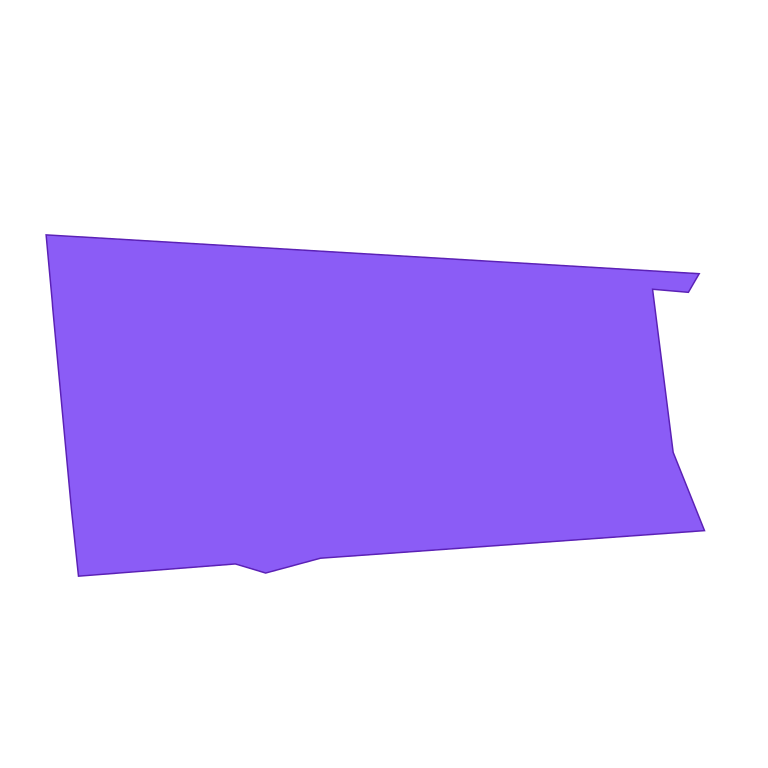 the district of Todd, Kentucky, United States of America, rotated 85°
{"feature_id": "52423323B26851239767625", "entity_name": "Todd", "entity_type": "district", "adm_level": 2, "iso_a3": "USA", "parent_name": "United States of America", "parent_adm1": "Kentucky", "projection": "robinson", "projection_center": [-87.184, 36.857], "detail": "fine", "context": "isolated", "style": "filled", "palette": "violet", "viewbox_px": 768, "rotation_deg": 85, "n_neighbors": 0, "source": "geoboundaries", "source_scale": "gbopen_adm2", "svg_char_len": 383}
<svg xmlns="http://www.w3.org/2000/svg" viewBox="0 0 768 768"><g transform="rotate(85 384 384)"><path d="M481.3,706.3L548.8,705.1L550.3,547.8L562.0,518.4L552.0,462.5L558.0,77.5L477.3,101.9L313.0,108.2L319.2,72.8L301.6,60.4L206.0,707.6L232.2,707.5L273.9,707.3L277.7,707.4L316.0,707.2L336.7,707.1L337.4,707.1L481.3,706.3Z" fill="#8b5cf6" stroke="#5b21b6" stroke-width="1.5"/></g></svg>